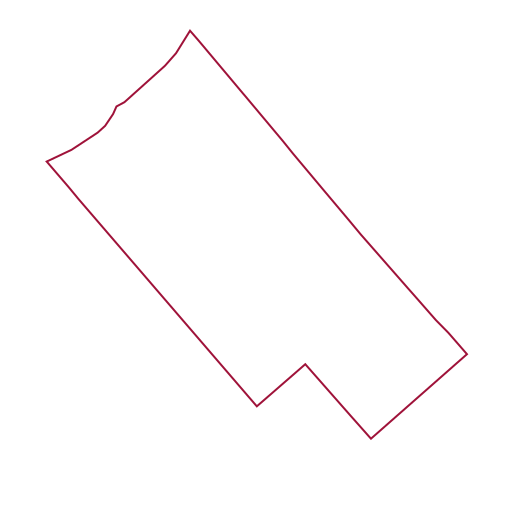 Kenosha, Wisconsin, United States of America, rotated 229°
{"feature_id": "52423323B66379277900853", "entity_name": "Kenosha", "entity_type": "district", "adm_level": 2, "iso_a3": "USA", "parent_name": "United States of America", "parent_adm1": "Wisconsin", "projection": "equal_earth", "projection_center": [-88.012, 42.581], "detail": "fine", "context": "isolated", "style": "outline", "palette": "rose", "viewbox_px": 512, "rotation_deg": 229, "n_neighbors": 0, "source": "geoboundaries", "source_scale": "gbopen_adm2", "svg_char_len": 590}
<svg xmlns="http://www.w3.org/2000/svg" viewBox="0 0 512 512"><g transform="rotate(229 256 256)"><path d="M42.7,222.9L43.1,287.0L43.5,350.8L71.4,350.8L71.9,350.8L89.6,349.7L117.6,349.6L131.8,349.5L132.4,349.5L203.5,349.2L221.3,349.6L258.8,350.2L309.1,351.1L325.1,351.7L385.1,352.8L387.0,352.8L432.9,353.6L456.3,354.0L469.3,354.0L461.5,328.7L459.3,312.2L458.8,283.1L458.4,257.7L460.4,248.8L456.9,241.3L456.3,239.1L453.2,227.5L453.0,217.4L457.2,186.3L464.6,160.0L430.7,159.8L415.6,159.4L142.0,158.0L142.0,222.2L73.2,222.6L42.7,222.9Z" fill="none" stroke="#9f1239" stroke-width="2"/></g></svg>